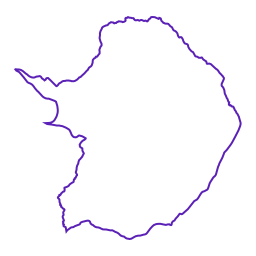 Miraflores, Boyacá, Colombia
{"feature_id": "7082276B88451081868443", "entity_name": "Miraflores", "entity_type": "district", "adm_level": 2, "iso_a3": "COL", "parent_name": "Colombia", "parent_adm1": "Boyacá", "projection": "natural_earth1", "projection_center": [-73.201, 5.152], "detail": "fine", "context": "isolated", "style": "outline", "palette": "violet", "viewbox_px": 256, "rotation_deg": 0, "n_neighbors": 0, "source": "geoboundaries", "source_scale": "gbopen_adm2", "svg_char_len": 5641}
<svg xmlns="http://www.w3.org/2000/svg" viewBox="0 0 256 256"><path d="M66.4,231.4L67.3,230.2L70.9,227.6L71.4,227.4L73.4,227.1L74.6,226.3L76.0,225.7L79.6,224.4L80.0,223.9L80.6,222.7L81.0,222.4L82.5,221.8L87.1,220.7L88.4,220.7L89.3,221.0L89.7,221.4L90.1,222.0L90.6,223.5L91.0,223.9L91.9,224.6L92.9,225.0L94.3,226.2L95.4,226.9L96.7,227.3L98.1,227.4L99.8,227.9L101.7,228.9L103.0,229.4L106.3,229.5L110.5,230.4L111.8,230.3L112.6,230.4L115.1,231.8L117.1,232.6L117.8,233.0L118.9,233.8L120.7,235.6L121.1,235.6L122.2,236.2L124.1,236.6L125.6,237.9L126.8,238.5L129.7,239.0L131.3,238.7L134.6,236.8L135.8,236.2L138.0,235.7L140.2,235.6L142.4,235.0L143.3,234.7L145.0,234.4L146.1,233.9L146.8,233.3L150.2,228.7L152.3,226.4L153.8,225.1L155.9,224.2L157.6,223.9L160.2,223.8L165.7,224.9L166.4,224.8L167.2,224.5L169.3,224.3L170.2,224.9L171.0,225.1L171.3,225.0L171.6,224.6L171.8,223.0L172.3,222.1L173.1,221.2L174.5,220.5L175.6,218.7L177.9,216.2L179.6,213.8L180.2,213.8L181.8,214.2L182.7,213.7L187.9,209.1L194.2,201.1L197.0,199.5L198.2,198.0L200.3,194.5L201.7,192.5L202.6,191.8L204.6,191.1L205.6,190.5L206.9,189.9L207.7,189.1L208.4,187.4L209.6,183.5L210.2,182.3L213.2,177.6L214.3,176.5L214.8,176.2L215.8,174.8L216.1,173.9L217.9,167.4L218.4,166.0L218.8,165.3L219.4,163.4L222.3,157.8L223.6,154.5L224.3,152.5L226.8,149.9L230.9,144.4L232.2,142.3L234.9,137.3L238.4,130.5L240.2,125.9L240.6,124.0L240.6,122.9L240.1,121.1L239.3,118.4L238.9,116.8L237.4,113.9L236.4,112.8L235.9,111.4L234.6,109.7L234.2,108.3L233.7,107.8L233.7,107.3L232.9,106.5L231.7,106.4L231.0,105.5L230.2,105.5L230.0,104.9L229.8,104.8L229.3,105.0L228.9,104.7L228.9,103.4L229.2,102.3L228.5,101.8L228.0,100.7L227.6,99.2L226.7,97.9L226.0,96.0L224.8,93.6L224.3,90.1L223.2,87.5L221.7,85.8L221.6,84.5L221.7,83.8L222.7,81.7L223.9,78.9L223.9,78.0L222.7,76.1L221.9,75.4L221.4,74.7L219.4,72.7L218.6,71.3L217.3,69.7L215.9,68.8L210.8,64.1L209.3,63.6L207.2,63.8L206.8,63.6L206.4,62.0L206.2,61.4L203.6,59.7L202.9,59.0L202.0,57.6L201.3,57.5L200.7,57.8L200.1,57.8L198.6,57.7L197.5,56.8L195.7,56.4L195.3,56.2L193.1,52.2L191.5,51.3L189.3,48.8L188.3,46.9L188.0,45.2L187.4,44.3L184.8,43.4L184.5,43.1L183.4,41.2L182.8,39.3L181.6,37.4L180.9,37.1L179.3,37.5L178.8,37.1L177.9,35.5L177.6,34.1L177.2,33.1L176.2,31.8L175.3,31.1L174.0,30.5L173.5,30.1L173.1,29.6L172.4,28.0L171.8,27.1L171.1,26.7L170.1,26.0L169.8,25.5L168.3,23.9L167.5,23.7L165.2,23.6L164.1,23.0L163.4,22.9L162.6,21.9L161.5,20.9L161.2,20.2L160.8,18.6L160.5,18.3L159.3,17.9L159.0,18.7L158.6,18.9L154.8,17.2L152.6,17.0L151.4,17.1L150.8,17.4L150.4,18.2L150.2,18.5L149.2,19.0L148.8,19.3L148.3,20.4L147.8,20.7L147.6,21.2L147.1,21.4L145.5,20.6L144.0,21.0L141.7,20.0L140.9,20.0L139.3,20.7L137.9,20.0L135.9,20.3L135.2,20.2L134.8,20.0L134.1,19.3L133.8,18.5L133.5,18.2L131.8,18.1L131.1,17.8L129.5,17.7L128.0,17.1L127.7,17.3L127.5,17.7L126.7,17.9L126.1,17.8L125.6,18.1L125.3,18.8L125.6,20.2L125.3,21.1L123.7,21.9L122.5,22.1L122.0,21.7L118.7,21.3L118.2,21.5L117.8,22.0L116.8,22.2L116.1,23.0L115.4,22.9L114.5,23.3L113.9,23.2L113.5,22.6L111.0,22.2L109.0,23.4L107.8,24.9L107.0,25.3L106.1,25.4L103.4,26.6L102.2,27.5L101.7,28.9L100.5,31.2L99.9,33.3L100.0,34.8L99.9,36.0L99.7,36.7L99.6,38.3L100.5,41.6L101.5,43.6L101.6,44.5L101.5,45.6L100.5,46.8L99.6,49.1L99.4,49.8L99.4,50.2L99.6,51.4L99.6,53.4L99.5,53.6L98.7,54.5L97.7,55.9L97.0,56.7L95.9,56.7L95.7,56.9L95.6,57.6L94.8,58.1L94.2,58.4L93.0,59.7L92.8,60.1L92.6,62.8L91.7,65.4L91.0,66.3L89.6,67.2L89.0,67.7L87.7,70.0L86.8,70.7L84.5,73.3L81.4,76.1L80.7,76.9L79.1,77.5L78.6,78.2L77.0,79.7L75.0,80.9L73.8,81.2L71.7,81.2L70.9,80.9L68.4,80.5L66.5,80.5L65.3,80.9L63.3,81.0L62.3,81.4L60.6,82.7L59.2,83.4L58.5,84.2L58.0,85.0L57.3,85.7L56.7,86.1L56.3,86.1L50.0,79.8L48.0,78.0L47.0,78.1L46.4,78.3L45.5,79.8L44.5,80.4L43.9,79.7L41.9,78.3L41.0,76.8L40.0,76.2L39.3,76.1L38.8,76.3L36.4,76.6L34.7,77.4L33.3,77.6L31.5,77.3L29.9,76.6L28.6,75.8L26.7,74.1L25.8,73.6L23.0,71.2L21.4,70.2L20.4,69.8L19.0,69.5L16.6,69.4L15.8,69.2L15.4,69.4L16.3,70.6L18.9,71.9L19.5,72.4L23.7,77.3L27.4,82.1L28.5,82.8L30.5,83.6L32.1,84.6L33.6,86.3L34.9,88.2L37.1,90.8L38.4,91.9L42.6,96.5L44.0,97.5L45.6,98.3L47.8,98.7L48.9,98.7L54.7,100.9L56.0,101.7L57.3,105.9L57.7,109.1L57.8,110.7L57.6,112.9L56.9,115.4L56.5,116.6L54.6,120.0L53.3,121.4L51.3,122.5L49.4,122.9L45.5,123.1L47.1,124.0L47.7,124.1L51.9,124.6L56.6,125.5L58.9,125.5L62.5,126.2L65.8,127.6L68.7,129.3L69.4,129.9L70.3,131.5L71.7,134.9L72.8,136.3L73.7,137.0L75.1,137.3L76.3,137.2L77.3,136.7L78.7,135.6L79.3,135.5L81.9,136.2L83.0,136.7L85.7,138.3L85.7,138.6L84.7,139.6L82.6,140.8L81.7,141.7L80.8,142.7L79.7,144.6L79.8,144.9L79.8,146.1L80.3,147.1L82.3,148.4L82.4,149.0L82.4,150.4L82.6,151.1L83.7,153.1L83.8,153.5L83.3,154.5L82.9,155.1L82.4,156.4L82.2,156.5L81.8,157.3L81.3,157.7L80.4,158.9L79.3,159.9L79.0,160.4L78.5,161.9L78.2,163.7L77.2,165.5L76.7,167.4L76.5,169.9L75.8,172.2L76.0,172.8L77.0,174.6L77.0,175.3L76.2,176.2L75.7,177.7L75.0,178.0L74.8,178.2L74.8,179.0L74.0,179.4L73.9,179.7L73.6,181.8L73.3,182.1L71.8,182.9L70.2,184.0L69.5,184.6L69.0,185.4L68.5,186.0L67.0,186.8L64.5,187.7L64.4,188.4L64.7,189.7L64.4,191.1L64.0,191.5L63.2,191.6L62.4,192.3L61.1,193.5L60.7,194.5L60.4,194.9L59.8,194.8L59.3,195.0L59.3,195.9L58.4,196.6L57.9,197.4L57.9,197.8L58.3,198.4L59.0,198.9L59.4,199.5L59.6,202.3L60.3,203.6L60.1,204.9L60.5,205.3L60.9,205.2L61.1,205.5L61.1,206.6L61.2,206.9L61.5,207.2L62.2,207.5L62.9,208.5L64.2,209.2L64.5,209.8L64.3,210.5L63.5,211.7L63.2,212.7L63.6,214.9L62.9,215.8L62.7,216.3L62.7,217.3L63.8,220.1L63.9,220.7L63.1,221.4L62.9,221.9L63.4,222.9L63.1,223.6L63.1,223.9L63.2,224.2L63.9,224.6L63.6,225.3L63.5,225.9L64.1,226.5L65.5,227.0L65.7,227.3L66.4,231.4Z" fill="none" stroke="#5b21b6" stroke-width="2"/></svg>